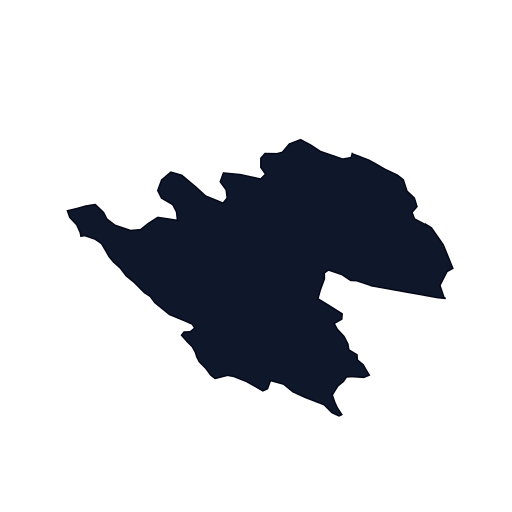 the district of Östersund, Jämtland, Sweden, rotated 200°
{"feature_id": "70781695B37612072070756", "entity_name": "Östersund", "entity_type": "district", "adm_level": 2, "iso_a3": "SWE", "parent_name": "Sweden", "parent_adm1": "Jämtland", "projection": "equal_earth", "projection_center": [14.922, 63.252], "detail": "fine", "context": "isolated", "style": "filled", "palette": "ink", "viewbox_px": 512, "rotation_deg": 200, "n_neighbors": 0, "source": "geoboundaries", "source_scale": "gbopen_adm2", "svg_char_len": 1880}
<svg xmlns="http://www.w3.org/2000/svg" viewBox="0 0 512 512"><g transform="rotate(200 256 256)"><path d="M252.5,126.9L242.0,134.1L235.6,135.2L222.0,134.8L213.4,133.4L203.4,131.6L199.8,135.2L199.8,143.9L186.2,145.0L174.8,141.0L161.2,139.9L141.1,139.5L131.1,134.8L123.3,134.1L121.1,136.3L127.5,141.0L131.8,145.3L136.8,151.5L134.6,162.0L131.0,167.9L129.6,173.3L124.5,175.5L113.1,178.8L108.8,182.8L113.8,186.8L118.0,190.4L125.2,193.0L127.3,197.7L136.7,199.6L139.5,204.7L145.9,210.6L154.5,214.9L159.5,219.3L153.8,226.0L155.2,231.1L170.3,234.4L183.2,237.0L183.9,245.8L183.9,258.0L186.0,263.5L183.1,267.6L168.8,267.9L158.7,265.4L153.0,267.2L149.0,267.3L137.9,267.6L137.7,267.4L71.0,279.0L63.3,280.9L65.2,281.4L73.1,291.3L71.2,306.7L66.8,311.7L83.8,330.5L100.8,342.5L107.1,343.8L106.8,343.3L119.8,345.1L124.3,350.4L121.6,357.5L127.1,364.7L136.3,368.6L143.6,378.0L151.0,380.4L164.4,381.6L175.0,383.5L182.8,384.7L200.4,385.0L200.6,385.1L200.3,381.0L207.8,376.7L231.3,376.3L242.6,379.0L253.9,380.6L263.0,372.7L266.7,362.5L271.3,359.3L282.6,355.4L284.9,349.5L281.8,340.9L275.0,336.2L278.0,329.9L298.4,327.2L315.0,322.9L315.0,313.5L306.7,308.0L302.9,300.6L305.1,294.4L324.0,295.2L335.3,299.9L353.4,306.5L364.7,305.7L370.7,295.2L370.7,291.9L370.7,283.9L364.6,278.1L351.8,275.8L345.8,270.3L342.0,262.6L350.3,261.0L361.5,258.7L368.3,249.8L373.5,241.3L382.5,237.1L399.1,236.7L408.9,239.8L414.2,244.8L424.7,249.4L433.0,244.8L440.5,239.4L448.7,234.0L444.2,228.6L435.1,224.0L429.1,217.8L427.3,214.7L423.8,216.6L413.2,216.8L405.4,214.8L399.2,209.7L393.9,205.2L387.8,201.6L379.5,198.3L371.1,192.9L361.5,189.6L348.4,183.4L341.4,181.8L335.2,177.6L324.7,174.0L317.3,171.4L304.6,170.9L292.8,170.2L288.9,167.4L291.9,162.3L297.6,160.0L298.9,156.1L291.0,151.8L284.9,149.0L280.1,144.8L277.0,140.8L273.1,137.2L264.8,133.3L257.8,128.6L252.5,126.9Z" fill="#0f172a" stroke="#020617" stroke-width="1.5"/></g></svg>